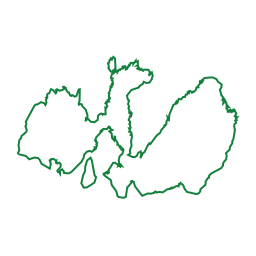 the district of Banggai Kepulauan, Sulawesi Tengah, Indonesia, rotated 184°
{"feature_id": "22746128B2571336805106", "entity_name": "Banggai Kepulauan", "entity_type": "district", "adm_level": 2, "iso_a3": "IDN", "parent_name": "Indonesia", "parent_adm1": "Sulawesi Tengah", "projection": "albers", "projection_center": [123.185, -1.399], "detail": "fine", "context": "isolated", "style": "outline", "palette": "green", "viewbox_px": 256, "rotation_deg": 184, "n_neighbors": 0, "source": "geoboundaries", "source_scale": "gbopen_adm2", "svg_char_len": 5882}
<svg xmlns="http://www.w3.org/2000/svg" viewBox="0 0 256 256"><g transform="rotate(184 128 128)"><path d="M127.5,58.1L125.4,59.0L124.6,68.6L120.5,74.0L121.2,74.9L120.2,75.5L118.5,74.6L116.9,70.2L109.1,61.4L103.5,64.1L100.5,64.1L96.5,65.5L97.4,65.6L96.0,66.6L95.0,65.6L92.5,66.4L88.9,66.2L84.6,69.6L81.4,70.2L80.9,70.8L81.4,70.4L82.2,70.2L81.6,70.9L80.1,71.7L79.5,71.5L80.3,70.6L75.5,73.5L73.5,73.3L73.2,75.6L72.5,75.4L71.8,76.9L69.0,74.8L67.0,70.9L64.6,68.3L55.2,66.9L53.2,67.5L51.6,69.6L51.4,72.1L46.8,76.6L46.8,80.1L44.8,83.7L43.9,83.9L43.7,86.3L41.3,88.8L32.4,94.3L30.6,97.1L30.8,98.9L29.6,101.5L27.9,103.5L27.6,107.4L28.5,109.7L25.1,113.6L24.9,116.4L22.8,120.2L23.1,122.0L22.1,124.2L21.2,133.3L22.3,137.3L22.0,139.3L20.5,140.8L21.5,142.9L20.1,143.5L20.9,144.7L20.0,146.1L21.1,145.7L21.1,147.1L22.2,147.2L21.0,150.0L23.4,153.9L25.1,153.2L24.0,152.0L25.9,151.0L26.6,152.1L27.6,151.6L27.6,153.1L28.8,152.4L27.8,151.8L28.0,151.3L29.6,151.2L30.2,153.9L31.2,154.3L31.2,156.2L29.1,156.0L31.5,158.5L32.3,158.3L31.4,158.8L31.6,159.9L34.5,163.0L34.0,161.7L34.4,161.6L34.2,159.7L34.7,159.1L34.7,162.6L35.6,162.7L34.9,163.5L36.1,164.4L34.2,163.8L36.6,166.8L36.7,166.1L39.0,172.6L37.7,175.0L37.6,178.0L41.4,180.4L43.1,182.9L46.9,184.4L55.0,183.3L58.6,180.0L57.9,179.0L57.0,179.4L57.5,178.4L58.1,178.0L59.5,179.1L59.5,176.9L61.3,174.4L60.7,173.5L62.5,173.2L63.0,170.7L64.8,168.7L65.7,168.2L65.6,168.7L66.5,169.0L65.8,168.4L66.7,167.8L68.2,169.2L69.6,169.1L69.6,168.0L70.6,167.9L69.9,166.9L71.1,166.7L71.7,164.8L71.8,165.6L72.7,165.4L73.4,162.9L75.2,162.8L77.2,160.2L79.4,160.6L80.6,156.3L81.2,155.9L81.7,157.4L82.9,155.0L84.4,154.1L87.7,144.1L87.7,138.6L88.5,138.9L88.6,141.1L89.3,141.7L88.8,139.9L90.0,137.6L90.1,134.2L91.7,133.2L91.2,132.9L94.7,128.2L95.7,125.3L98.7,122.7L104.4,113.8L105.5,114.3L105.7,113.2L106.7,113.0L109.9,105.0L111.4,104.0L113.5,98.7L113.0,102.9L113.7,105.5L116.0,104.0L117.4,100.7L119.3,99.5L121.6,99.4L126.0,101.2L124.0,102.7L124.6,105.9L123.2,110.5L124.0,115.0L123.4,119.4L123.8,121.0L125.8,121.4L123.8,121.7L124.4,123.9L126.6,124.4L125.9,126.0L126.9,127.7L125.7,127.7L125.4,128.7L126.9,132.1L126.2,132.3L126.4,134.3L127.9,136.1L126.3,141.2L125.9,139.0L125.3,143.1L125.9,143.8L126.3,142.3L127.8,143.1L128.0,146.2L129.0,147.8L128.4,149.4L129.6,151.9L128.9,155.7L130.1,156.3L131.3,160.2L127.3,166.2L120.1,169.1L119.7,170.4L116.3,173.1L115.5,175.2L113.0,174.2L109.7,174.8L107.7,178.4L107.0,182.0L108.1,185.1L110.8,181.6L110.1,185.5L111.8,187.5L116.0,187.4L116.9,186.1L118.2,186.7L118.6,187.9L120.0,186.8L120.8,188.4L121.9,187.3L122.9,187.9L121.8,188.9L122.6,190.9L123.4,190.8L122.5,191.5L122.9,195.5L125.2,194.3L125.2,195.3L127.3,192.0L127.5,193.3L129.9,193.2L130.8,190.4L131.4,190.9L132.5,188.5L133.7,187.9L132.8,187.7L133.5,186.5L134.1,186.3L133.9,187.4L134.8,186.4L133.9,188.1L134.7,187.6L135.5,189.5L136.8,188.4L138.0,189.7L137.2,187.0L139.0,186.6L140.0,185.3L140.7,185.7L142.1,183.6L142.1,184.5L142.4,184.5L142.7,182.8L144.4,184.6L145.8,196.4L147.6,197.9L148.5,196.2L149.5,196.3L148.9,195.1L149.9,194.9L149.8,195.6L151.0,194.8L151.5,191.7L152.5,191.2L151.4,188.1L151.8,186.6L149.1,183.1L148.2,183.0L146.1,185.0L145.2,182.8L146.3,181.5L147.2,182.3L148.3,178.6L148.3,176.4L146.7,176.3L147.5,174.3L146.7,173.9L146.2,171.8L146.9,171.3L146.1,170.4L146.6,169.4L147.5,170.5L147.0,168.1L147.8,167.1L148.3,167.6L148.4,164.3L149.7,161.5L149.0,160.9L149.3,158.3L148.1,156.6L148.4,155.6L148.6,155.5L148.3,156.5L149.0,157.1L148.8,154.9L150.1,154.4L148.9,153.1L151.4,152.7L152.0,151.4L150.9,151.5L151.3,150.1L150.1,148.4L151.1,146.5L152.0,146.9L151.3,140.1L154.1,140.2L154.3,139.5L155.5,140.5L156.7,140.2L158.6,138.5L158.9,133.8L162.0,131.4L165.7,131.7L168.6,134.4L169.8,134.0L169.8,133.3L170.3,132.6L170.7,132.5L170.6,135.1L169.2,135.5L169.4,138.2L171.5,143.4L174.9,146.4L175.6,148.2L176.9,148.7L178.6,147.8L178.9,148.7L178.2,151.5L178.8,163.3L179.9,162.9L181.7,156.3L183.3,155.6L186.0,157.0L186.9,156.0L188.2,156.8L189.5,159.4L190.6,159.4L192.6,162.2L193.0,163.8L194.9,164.7L195.6,164.5L194.6,162.5L196.0,161.4L198.7,160.4L201.6,161.7L202.5,161.0L201.6,159.3L202.5,157.6L205.3,160.5L207.6,161.4L209.0,157.1L210.5,156.6L211.0,155.6L210.7,153.5L211.6,152.8L210.8,152.4L211.8,150.7L211.2,147.8L212.0,145.2L213.6,147.0L216.5,147.7L220.4,145.0L221.8,145.0L223.0,143.5L230.4,127.1L229.6,124.8L230.4,122.4L228.9,119.1L229.1,117.1L233.7,112.5L234.0,110.4L235.4,108.8L236.0,103.0L234.9,98.4L236.0,95.4L235.1,94.2L227.9,93.0L224.4,89.9L219.2,92.0L215.8,91.8L213.9,90.2L211.8,86.3L203.2,82.0L202.5,87.1L204.2,91.0L203.0,89.9L202.7,91.5L199.7,91.9L197.2,89.9L197.3,90.3L197.1,90.5L197.0,89.3L197.5,88.3L195.9,87.7L194.1,88.7L192.5,87.0L192.6,84.4L195.5,80.5L195.0,79.3L193.7,79.2L192.6,77.6L192.7,80.8L190.9,82.2L189.1,80.5L188.9,78.8L184.4,78.5L181.6,80.0L172.0,91.1L170.2,95.1L169.9,98.3L167.4,101.5L164.5,102.5L162.6,101.7L158.6,105.1L158.4,106.2L161.0,103.5L159.4,105.8L159.8,106.4L158.3,106.6L157.7,108.5L158.5,109.4L158.1,110.2L159.0,109.9L158.1,110.4L158.6,112.7L159.1,113.5L159.5,112.7L160.0,113.2L159.0,116.6L154.2,122.5L155.2,122.3L155.1,123.2L152.5,125.4L148.7,125.6L147.2,128.1L145.9,127.3L145.9,126.2L143.4,124.9L146.4,123.4L143.9,121.4L143.2,116.9L141.1,114.8L140.9,118.5L140.2,118.4L140.0,115.6L139.0,116.2L139.7,115.4L137.3,112.3L137.5,110.7L136.6,110.8L134.7,108.1L134.1,108.7L133.0,105.8L132.2,105.9L132.8,107.7L131.0,106.1L131.7,102.1L134.3,99.3L135.0,95.9L134.5,92.0L132.8,91.2L131.7,89.8L132.8,90.2L133.1,88.9L134.5,90.0L135.2,89.5L135.0,90.3L138.6,92.5L140.5,92.1L145.4,82.7L144.3,83.0L144.4,82.3L143.9,82.3L143.7,81.4L144.0,82.1L144.8,81.4L145.0,82.4L146.5,81.5L146.5,82.4L149.2,80.6L148.4,79.2L141.5,74.8L140.2,69.9L135.3,64.2L133.7,59.4L132.5,58.5L127.5,58.1ZM169.5,77.5L170.7,69.7L168.0,65.4L164.6,66.0L157.7,71.2L156.4,76.7L158.0,78.4L161.9,93.3L163.3,95.8L166.5,92.8L168.0,86.3L167.8,82.2L169.5,77.5Z" fill="none" stroke="#15803d" stroke-width="2"/></g></svg>